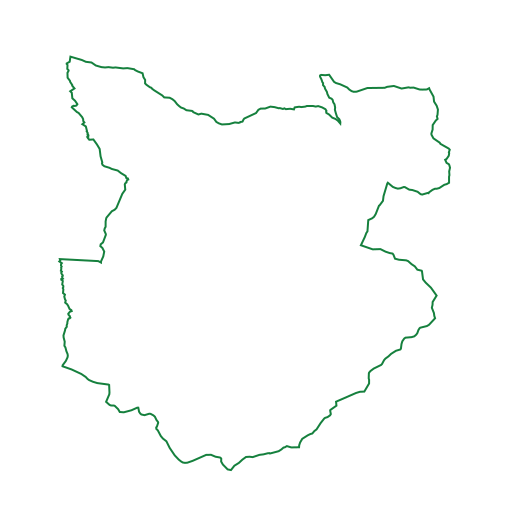 outline of Barghis, Sibiu, Romania, rotated 176°
{"feature_id": "2599482B31071590399697", "entity_name": "Barghis", "entity_type": "district", "adm_level": 2, "iso_a3": "ROU", "parent_name": "Romania", "parent_adm1": "Sibiu", "projection": "equal_earth", "projection_center": [24.511, 46.014], "detail": "fine", "context": "isolated", "style": "outline", "palette": "green", "viewbox_px": 512, "rotation_deg": 176, "n_neighbors": 0, "source": "geoboundaries", "source_scale": "gbopen_adm2", "svg_char_len": 6029}
<svg xmlns="http://www.w3.org/2000/svg" viewBox="0 0 512 512"><g transform="rotate(176 256 256)"><path d="M431.3,451.9L431.5,447.0L429.4,443.8L429.2,442.6L427.4,439.4L427.5,438.8L425.4,435.8L429.8,433.3L428.4,431.7L428.2,426.1L425.7,423.5L423.6,419.9L424.7,418.6L426.4,418.3L427.4,418.6L429.0,417.9L429.4,417.2L424.6,412.1L423.0,411.1L419.7,406.6L418.9,404.6L418.9,402.7L417.9,401.2L420.0,399.6L416.7,397.1L415.9,392.5L416.2,392.2L415.3,390.4L415.5,389.9L414.9,388.5L415.5,388.4L415.0,386.7L416.0,386.4L415.5,385.4L414.2,383.6L410.1,383.6L406.9,378.4L404.5,373.7L404.1,366.3L402.8,360.1L403.2,359.3L402.8,357.7L401.0,356.1L396.0,354.2L393.8,352.9L388.0,350.9L384.9,348.1L380.5,345.0L379.9,342.8L378.4,342.3L378.1,341.2L379.2,340.8L380.1,339.1L380.1,338.4L381.4,337.6L381.9,336.6L381.8,331.3L385.0,327.4L391.9,313.7L393.8,312.0L396.7,310.7L402.4,304.8L402.8,304.0L403.6,301.0L404.0,295.6L405.0,294.1L405.6,292.1L404.3,288.4L404.3,287.6L407.7,280.2L410.1,278.5L410.6,276.7L408.7,274.8L407.1,271.0L408.4,266.2L411.0,261.4L411.1,260.3L413.7,261.9L451.9,266.6L451.6,265.2L452.6,264.3L450.2,262.4L451.0,261.5L451.2,260.1L450.6,259.0L451.2,258.1L451.1,256.8L451.7,254.9L450.7,254.0L451.5,252.7L450.7,250.8L450.2,250.4L450.1,249.7L450.9,248.8L450.7,247.6L450.3,247.0L451.9,246.6L451.9,245.9L450.7,245.2L450.5,244.4L451.3,241.1L450.3,239.5L450.4,238.4L451.0,237.5L450.5,236.2L451.1,232.5L449.3,230.8L450.1,228.9L449.5,225.9L448.9,224.9L449.6,222.8L447.8,221.1L446.9,219.5L445.7,216.2L444.0,214.9L443.7,213.9L445.5,213.4L447.3,211.5L447.2,210.6L445.8,208.8L446.1,207.8L445.6,207.3L446.4,206.7L447.4,206.6L447.9,205.8L448.8,203.2L448.9,201.9L449.7,200.1L449.7,198.6L451.3,196.8L451.7,195.1L453.6,190.2L453.6,188.2L452.8,183.9L453.4,179.8L452.5,178.1L451.8,174.3L450.8,171.3L450.7,169.6L451.1,168.0L453.0,164.6L456.5,160.5L456.7,159.5L447.9,155.7L438.5,150.5L434.2,147.1L432.7,145.2L431.2,143.9L427.4,141.9L423.2,140.3L412.0,138.0L411.5,137.6L411.7,130.0L412.0,128.2L415.7,121.0L412.5,117.7L411.1,117.0L408.1,116.7L407.3,116.3L404.2,112.8L402.8,109.9L398.8,109.3L391.0,110.8L385.0,113.0L384.0,112.9L383.5,108.8L382.5,107.0L381.4,105.9L378.3,105.0L373.5,106.1L372.2,105.9L369.5,104.2L368.1,102.8L366.7,99.3L365.4,97.4L365.2,96.5L366.8,92.6L367.5,92.0L367.5,90.5L366.1,88.9L363.5,83.0L361.6,80.4L358.3,77.4L355.5,70.6L351.0,62.8L347.3,58.3L345.0,56.2L343.4,55.1L341.3,54.6L338.9,54.6L333.4,56.1L319.5,61.1L314.7,60.8L310.4,58.6L306.0,57.5L305.3,57.0L304.8,56.2L305.1,53.4L303.6,50.3L299.2,45.1L295.9,44.2L292.2,48.3L287.5,50.8L283.8,53.8L280.0,56.2L276.5,56.2L273.3,55.6L266.4,57.4L262.4,57.6L258.0,58.4L256.3,58.4L255.9,58.0L253.2,58.5L247.0,59.7L244.1,61.3L241.9,63.0L240.7,63.1L238.5,64.2L234.2,62.6L226.4,62.2L226.1,64.2L225.0,66.9L222.6,70.4L216.9,73.5L214.2,74.6L212.2,75.0L210.0,77.3L207.7,78.8L203.2,84.8L199.3,89.1L198.4,89.7L195.9,90.3L193.2,91.9L192.4,93.1L192.8,96.6L192.6,97.2L186.2,101.1L186.3,105.1L165.7,112.4L161.8,113.3L157.4,113.2L152.1,120.9L151.8,124.6L152.1,126.1L151.6,131.0L151.3,131.8L149.8,133.3L146.4,135.5L138.8,138.6L137.8,139.5L135.5,143.2L134.1,144.6L130.9,146.6L128.0,149.0L123.0,151.7L118.5,152.7L117.9,153.5L117.0,158.0L116.0,160.7L113.9,163.3L112.6,164.1L106.5,164.2L103.7,164.8L101.6,166.4L100.4,167.9L99.2,170.7L97.9,172.5L97.2,173.0L90.4,174.2L88.2,175.3L81.7,181.4L82.3,183.7L82.5,186.7L84.2,192.1L83.3,195.0L83.0,197.8L78.6,203.9L83.7,212.2L88.6,217.6L91.0,221.0L91.5,229.3L91.8,229.8L96.0,231.1L98.3,234.6L101.4,237.0L104.6,240.3L106.5,241.2L113.6,242.3L117.5,243.6L118.8,247.7L119.6,248.9L122.4,249.6L126.5,251.3L131.4,254.2L139.1,254.5L150.6,259.4L146.1,267.4L144.3,271.3L143.1,272.8L141.5,284.0L137.5,285.5L135.5,286.9L133.6,289.6L129.8,297.6L129.1,298.0L125.5,302.2L124.6,306.8L120.0,319.1L119.4,319.9L114.7,315.4L112.1,314.1L109.8,313.3L107.2,313.5L103.8,314.5L102.8,314.4L98.5,311.5L95.4,310.9L90.3,308.8L87.5,306.2L85.9,305.7L80.4,306.9L79.5,306.6L79.0,307.4L75.3,309.7L72.8,310.6L71.0,310.5L68.4,311.0L63.2,313.9L60.8,314.4L58.3,315.6L57.9,321.6L57.4,323.2L57.4,326.9L56.3,330.5L56.8,333.1L57.2,334.1L59.4,335.6L60.6,338.8L60.2,339.0L60.0,338.7L58.9,339.8L56.7,342.6L56.1,345.2L56.4,345.9L55.3,348.5L56.2,349.7L64.2,355.0L64.8,356.2L70.8,361.0L72.5,364.8L72.5,366.0L71.0,369.8L70.6,374.3L67.2,378.6L65.3,380.1L65.8,382.7L65.1,384.1L64.3,389.4L65.3,393.3L67.6,397.6L67.8,402.6L71.2,409.9L71.6,411.3L74.0,410.2L78.5,410.4L81.2,410.7L87.0,413.0L90.4,413.1L92.1,413.6L99.1,412.9L106.6,416.0L113.4,415.6L115.9,414.8L133.2,415.8L144.2,412.9L147.1,413.0L149.1,413.8L151.3,415.5L153.2,417.7L160.0,421.4L164.2,423.0L166.0,424.3L170.4,431.7L174.3,431.5L178.4,432.1L179.5,431.6L179.6,430.5L178.4,427.6L177.6,424.6L177.0,423.8L177.2,421.8L175.7,419.8L175.5,418.2L173.8,414.7L173.5,412.7L171.9,408.8L169.7,407.7L168.7,406.5L168.2,403.8L167.1,401.9L166.7,398.5L167.1,396.4L166.4,392.9L165.4,388.9L163.4,386.7L162.8,385.1L162.5,383.7L162.7,382.3L165.0,385.4L167.2,387.2L170.3,388.7L173.3,392.1L175.8,393.8L176.0,395.0L175.6,395.8L176.5,397.6L179.8,399.7L183.5,401.2L186.0,400.9L188.8,401.7L194.8,402.1L196.4,401.6L200.4,401.4L202.6,401.9L206.5,401.6L207.1,401.5L207.9,399.6L211.7,400.5L216.0,400.4L217.4,401.3L218.9,400.8L221.9,401.9L223.0,401.8L227.0,403.2L231.2,404.0L236.5,402.5L241.1,402.7L243.4,401.7L246.0,398.6L258.0,394.0L258.9,393.1L260.0,391.1L260.5,390.9L262.3,390.8L262.7,390.3L264.1,390.0L267.7,390.7L273.6,389.5L280.8,389.6L283.8,390.9L286.2,392.5L288.3,395.9L293.9,400.1L300.6,401.8L303.6,401.2L308.6,403.9L309.0,404.7L309.7,405.2L315.3,406.3L317.8,408.2L320.4,409.3L322.3,411.0L324.1,412.9L326.3,416.2L328.4,418.2L331.1,419.9L336.5,420.6L338.3,422.7L346.3,428.6L348.2,430.3L348.6,431.1L350.0,431.7L353.4,434.5L354.6,435.9L354.3,439.4L355.8,442.2L356.4,446.2L361.0,448.3L363.7,449.9L364.5,450.8L371.1,452.4L375.4,452.4L383.0,453.9L385.5,453.8L390.0,454.7L393.4,454.6L397.0,455.2L402.5,457.2L406.6,460.5L412.2,461.6L415.9,463.6L427.2,467.8L428.3,462.8L431.4,461.3L431.5,460.9L430.7,459.7L431.2,455.8L430.1,454.5L430.0,453.9L431.3,451.9Z" fill="none" stroke="#15803d" stroke-width="2"/></g></svg>